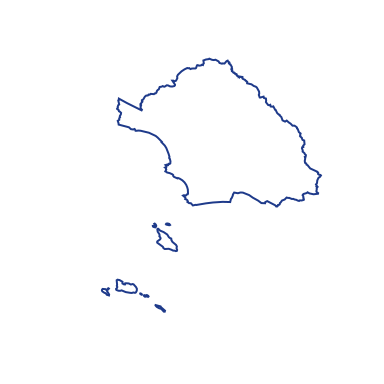 outline of Bang Lamung, Chon Buri, Thailand, rotated 300°
{"feature_id": "78962969B66600196547968", "entity_name": "Bang Lamung", "entity_type": "district", "adm_level": 2, "iso_a3": "THA", "parent_name": "Thailand", "parent_adm1": "Chon Buri", "projection": "natural_earth1", "projection_center": [100.983, 12.921], "detail": "fine", "context": "isolated", "style": "outline", "palette": "blue", "viewbox_px": 384, "rotation_deg": 300, "n_neighbors": 0, "source": "geoboundaries", "source_scale": "gbopen_adm2", "svg_char_len": 6072}
<svg xmlns="http://www.w3.org/2000/svg" viewBox="0 0 384 384"><g transform="rotate(300 192 192)"><path d="M292.7,263.4L292.4,261.7L293.4,260.3L293.8,260.1L294.2,258.2L294.4,258.3L295.2,257.2L295.8,257.2L296.6,256.5L297.0,256.6L297.3,254.6L299.4,252.1L299.5,251.2L300.2,250.8L300.5,250.0L300.7,247.6L299.7,245.9L300.5,243.2L300.6,241.2L301.2,238.3L299.5,237.4L299.3,234.6L301.6,231.9L302.2,229.4L302.6,229.3L302.6,227.7L303.0,226.2L304.9,223.4L304.7,223.0L306.8,219.6L306.1,219.0L305.4,217.4L306.6,216.2L305.9,215.7L305.4,214.5L306.6,211.5L306.9,211.0L308.1,210.6L309.9,209.3L309.4,207.4L310.4,206.3L307.8,203.8L307.7,203.4L309.5,201.3L310.7,201.1L312.5,199.9L314.9,195.9L315.1,194.6L314.7,192.4L315.0,189.7L313.7,185.4L315.0,184.7L315.0,183.7L315.3,183.5L315.3,182.3L315.6,181.9L315.4,179.3L315.7,178.7L316.2,178.6L316.3,177.8L316.7,177.8L316.4,177.1L316.0,176.7L316.0,175.9L315.4,175.8L315.7,175.5L315.4,174.9L314.9,174.7L315.2,174.4L315.2,172.8L315.3,172.6L315.6,173.0L315.9,171.7L316.3,171.5L315.9,170.2L316.3,169.9L316.1,168.9L316.4,168.6L316.1,168.1L316.7,166.4L316.6,166.1L317.0,165.8L317.3,166.0L318.0,164.7L318.7,165.2L319.9,164.0L320.2,164.0L321.6,161.7L321.4,161.3L321.6,160.8L322.5,160.0L322.0,159.5L323.1,158.7L323.0,158.1L323.6,157.2L322.6,156.5L319.5,155.9L318.6,154.1L318.1,153.8L317.5,151.3L318.4,149.7L318.3,146.2L317.2,145.0L316.5,143.3L316.1,140.3L315.5,140.1L313.7,137.8L311.6,136.1L309.3,137.9L308.3,137.7L307.4,138.0L307.1,136.9L306.4,136.7L305.3,135.5L304.8,134.5L304.8,133.6L304.2,133.0L301.4,133.5L300.8,133.3L298.9,130.2L297.7,129.2L297.9,127.6L297.2,126.8L297.0,125.9L294.5,124.2L291.3,122.6L286.5,121.2L284.7,121.3L283.2,122.4L280.4,122.5L279.2,121.6L279.1,120.1L278.6,119.3L276.5,123.6L275.8,123.9L274.9,123.7L273.4,122.1L272.5,120.2L272.3,117.9L271.8,116.8L269.5,115.6L269.2,115.0L269.1,113.7L268.0,113.0L266.8,111.5L264.3,111.9L263.2,111.3L261.9,111.1L260.4,111.5L259.2,111.2L258.7,110.4L257.7,110.1L256.3,107.1L255.1,106.7L254.7,105.7L253.5,105.5L252.6,104.1L251.0,103.5L247.7,103.5L246.5,102.7L245.5,103.2L245.5,103.8L245.2,103.9L243.2,103.5L242.8,103.8L242.5,103.4L241.5,103.8L241.3,104.7L239.8,104.9L238.6,106.2L238.2,107.5L237.5,107.5L236.5,91.2L236.3,82.0L234.8,82.7L234.4,82.4L231.4,85.2L230.3,84.7L228.4,85.1L227.9,85.7L226.6,85.5L226.4,85.8L226.4,87.3L225.4,88.4L225.5,89.3L225.1,91.0L223.5,91.6L221.9,91.5L221.1,91.8L220.8,92.3L219.4,92.1L218.2,92.9L216.5,92.1L214.9,93.9L213.7,94.8L216.5,105.0L215.9,107.7L216.7,109.8L217.8,110.6L217.7,111.3L216.8,112.4L216.9,112.8L218.5,115.0L219.4,117.0L221.8,125.1L222.4,132.5L222.0,135.0L220.4,140.8L219.9,140.7L218.6,145.2L217.2,147.8L213.3,152.7L211.1,155.0L210.5,155.0L209.7,155.6L209.6,156.3L207.8,158.0L205.9,158.9L205.1,158.6L204.8,157.8L203.3,157.9L203.0,157.5L203.4,156.8L202.1,155.6L201.8,156.5L201.1,157.2L200.4,157.4L200.3,156.9L199.8,156.5L199.7,157.4L199.1,157.6L198.5,158.5L196.5,158.6L196.6,160.0L196.4,160.6L197.2,163.2L197.5,166.1L197.3,167.2L196.5,167.7L196.1,168.8L196.5,172.6L197.1,172.8L197.4,174.7L197.3,177.8L196.6,180.7L195.3,183.4L193.7,185.5L192.0,187.2L188.7,189.3L188.0,189.4L187.8,189.0L186.0,188.5L185.0,186.4L184.4,186.0L183.8,189.0L183.3,189.5L182.5,189.6L182.7,191.2L182.5,192.2L181.8,193.1L181.1,193.0L180.9,195.0L181.7,196.6L180.8,199.5L182.6,201.4L182.9,202.2L189.1,209.7L193.4,215.4L198.8,223.5L202.4,230.1L205.4,229.2L206.8,229.4L209.3,229.1L210.3,228.7L212.6,228.8L213.9,232.4L215.7,234.1L216.9,236.3L217.9,243.1L217.5,247.5L217.6,253.6L217.1,257.6L218.8,260.9L219.9,260.5L221.7,261.7L222.1,270.6L221.6,272.1L222.1,272.3L222.1,273.0L222.5,273.2L223.8,273.0L224.4,273.8L225.1,274.1L226.4,273.7L227.2,274.0L229.6,274.2L231.8,276.0L234.5,276.7L234.9,278.2L235.5,279.1L235.9,282.0L236.7,283.2L236.8,284.6L237.4,286.3L237.4,287.6L237.8,289.2L238.6,289.5L239.5,291.2L241.0,292.7L241.5,292.6L241.9,291.9L242.5,291.8L242.8,291.2L244.0,290.5L244.5,289.4L245.0,289.3L246.1,289.6L248.5,291.9L249.5,292.2L249.5,294.4L250.8,298.4L253.5,302.0L254.1,301.8L254.4,299.8L254.9,299.3L257.0,298.6L257.7,298.0L259.1,298.2L259.1,296.9L260.0,296.8L260.5,295.6L262.2,295.8L264.7,294.7L266.9,294.5L267.7,294.5L268.9,295.2L270.8,295.4L271.0,294.7L270.5,293.3L270.6,292.4L270.7,292.1L271.7,291.7L271.9,290.5L272.2,290.4L271.5,282.6L273.0,278.7L273.0,277.4L273.8,276.7L273.8,275.3L275.3,274.1L277.6,273.3L278.8,272.2L279.3,272.8L280.9,272.2L281.2,270.9L281.9,269.9L282.3,267.6L283.4,267.1L284.9,265.3L286.0,265.1L286.6,265.9L287.8,265.1L289.6,265.6L292.7,263.4ZM143.1,187.4L142.6,183.7L143.3,181.2L142.9,180.6L142.4,180.6L140.5,182.1L139.1,184.9L138.3,185.6L137.3,185.9L136.9,187.1L136.3,187.9L135.1,188.1L132.0,186.7L131.2,186.8L130.7,187.3L130.0,194.1L129.1,195.4L129.0,196.9L131.2,200.3L131.7,203.0L131.8,204.9L132.6,206.5L132.7,207.5L133.4,208.3L134.4,208.1L135.6,206.7L137.3,206.1L138.2,204.6L139.0,200.0L140.0,198.3L141.3,197.3L141.1,196.0L141.3,194.6L142.8,191.8L143.1,187.4ZM79.5,173.3L78.8,171.3L77.9,170.9L74.1,173.6L73.1,173.8L72.4,174.8L71.3,175.0L70.1,174.7L69.5,175.2L69.4,175.7L69.7,177.6L70.5,179.2L71.6,180.2L72.2,184.7L73.9,189.2L74.5,190.4L75.6,191.4L76.2,193.1L77.0,193.6L78.9,193.5L80.6,192.7L81.7,191.0L82.8,187.6L82.6,186.6L81.3,185.3L81.2,183.0L80.0,180.5L79.5,179.8L78.5,180.2L78.0,179.3L78.0,177.5L79.5,176.7L79.5,173.3ZM64.6,165.7L63.4,163.1L62.6,162.9L61.7,163.2L61.1,164.0L60.9,166.6L61.2,167.9L60.4,169.6L60.9,171.8L61.8,171.5L64.5,166.5L64.6,165.7ZM75.7,228.0L76.7,222.9L77.2,222.0L75.9,217.0L75.5,217.1L74.9,218.9L74.9,221.5L75.4,224.0L74.3,227.4L74.7,228.2L75.7,228.0ZM145.0,176.1L143.5,176.2L143.0,175.1L142.6,175.4L142.5,176.1L143.0,177.9L144.0,178.2L144.9,177.9L145.7,176.9L146.0,175.5L145.5,175.2L145.0,176.1ZM79.8,206.6L80.2,206.0L80.2,204.4L79.4,203.8L78.8,202.2L78.3,202.0L77.9,202.6L77.8,203.7L79.0,205.1L79.2,206.4L79.8,206.6ZM152.5,189.5L153.0,188.3L152.6,186.7L151.8,185.6L151.1,185.5L150.9,186.0L151.7,188.6L152.1,189.3L152.5,189.5ZM78.1,199.9L78.5,199.4L78.5,198.2L78.2,197.9L77.9,198.1L77.8,199.1L77.8,199.7L78.1,199.9ZM66.8,167.6L65.7,167.4L65.8,168.2L66.8,168.3L66.8,167.6Z" fill="none" stroke="#1e3a8a" stroke-width="2"/></g></svg>